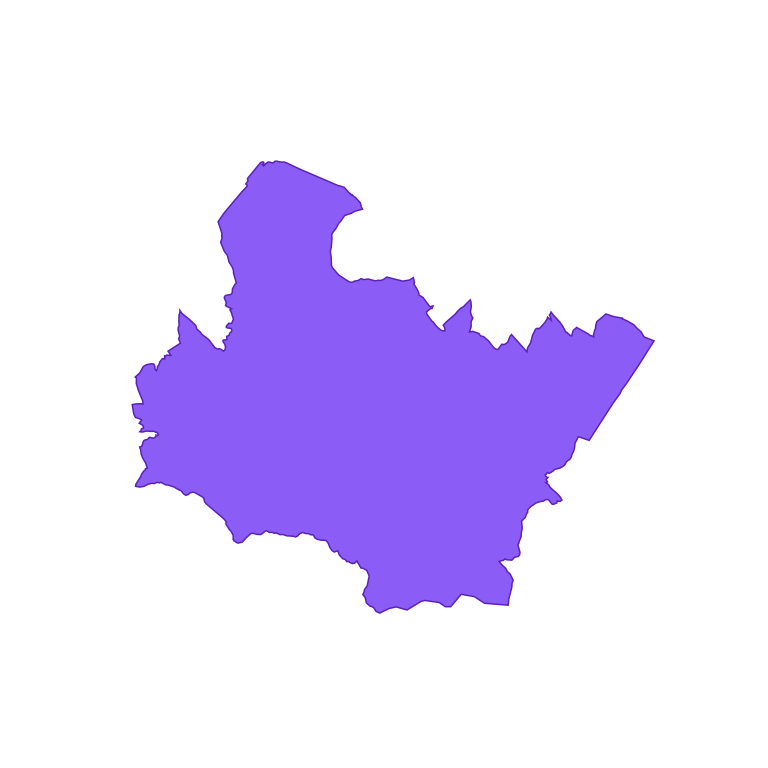 Telega, Prahova, Romania, rotated 250°
{"feature_id": "2599482B944231633317", "entity_name": "Telega", "entity_type": "district", "adm_level": 2, "iso_a3": "ROU", "parent_name": "Romania", "parent_adm1": "Prahova", "projection": "natural_earth1", "projection_center": [25.817, 45.132], "detail": "fine", "context": "isolated", "style": "filled", "palette": "violet", "viewbox_px": 768, "rotation_deg": 250, "n_neighbors": 0, "source": "geoboundaries", "source_scale": "gbopen_adm2", "svg_char_len": 6171}
<svg xmlns="http://www.w3.org/2000/svg" viewBox="0 0 768 768"><g transform="rotate(250 384 384)"><path d="M332.2,652.5L339.3,644.5L345.2,643.4L349.2,641.1L354.1,639.1L359.8,634.4L363.6,630.4L364.2,630.7L369.0,622.6L373.9,616.5L369.8,605.3L366.7,603.0L363.9,601.8L362.0,600.0L358.5,597.7L356.6,597.2L358.3,595.6L358.9,594.3L361.2,593.1L371.4,584.2L370.7,583.4L370.1,581.0L369.1,579.6L365.0,576.9L365.8,575.7L370.4,573.2L370.5,572.6L377.6,571.6L382.1,570.4L391.1,566.6L394.5,565.6L392.7,563.9L392.3,563.0L389.7,563.3L386.8,562.9L390.8,560.6L389.1,559.3L386.9,556.4L383.5,550.2L382.9,548.3L383.6,547.9L384.0,546.1L383.6,545.1L378.8,540.1L372.6,535.9L368.8,531.2L365.4,529.3L386.9,520.7L385.6,518.6L381.0,514.6L380.1,511.7L380.1,509.9L381.1,508.4L377.5,502.9L378.0,501.8L378.9,500.7L381.1,499.4L388.7,497.0L394.5,493.7L396.3,491.1L399.0,490.5L403.2,485.2L403.6,482.1L408.0,485.5L412.5,487.0L415.8,490.1L418.4,489.6L422.2,489.9L426.9,492.5L431.3,493.8L433.6,493.8L429.5,485.1L429.0,482.2L427.8,479.2L425.1,474.5L421.3,464.5L419.0,459.8L415.8,460.3L413.2,459.4L413.8,457.6L415.3,455.7L420.5,452.9L425.1,451.6L427.0,450.4L434.9,448.2L437.2,448.6L439.0,453.6L438.5,454.9L440.6,456.8L440.9,453.9L441.4,453.4L451.9,450.3L455.6,447.3L457.2,447.8L461.9,447.5L468.0,446.2L468.8,447.3L474.0,448.0L473.0,443.7L474.2,436.9L483.5,423.2L482.3,418.4L482.5,416.3L483.4,414.1L484.0,410.9L488.1,405.0L489.0,400.8L490.9,398.5L490.1,395.1L490.8,391.2L490.4,389.7L490.6,388.5L491.4,386.8L493.9,384.7L501.9,378.7L511.0,375.3L513.6,375.2L520.7,377.6L526.9,378.9L530.7,381.3L538.3,384.8L542.1,385.9L543.9,387.7L546.5,392.0L550.6,396.6L551.7,398.9L555.7,404.5L555.8,408.6L555.5,411.0L556.3,416.0L555.6,423.6L557.9,423.3L562.5,423.7L569.0,421.0L570.9,419.5L572.5,419.0L572.8,417.9L573.8,417.9L575.4,416.7L582.3,413.9L585.2,410.4L585.6,409.3L614.0,379.1L625.5,367.7L626.8,365.9L627.6,363.5L630.4,358.8L630.6,357.7L629.8,356.2L629.9,354.9L631.8,352.1L632.2,351.0L631.5,348.2L630.1,345.6L631.8,344.9L631.9,346.2L633.3,346.8L634.1,346.3L634.3,345.4L634.3,343.8L623.9,326.1L621.1,325.5L619.3,322.5L617.4,323.4L616.5,322.7L613.2,316.1L599.5,292.4L593.3,283.6L580.9,283.2L578.6,282.1L576.5,281.8L573.2,279.1L571.8,279.0L563.1,279.3L558.8,280.8L551.6,280.1L545.5,281.4L542.1,281.3L539.5,280.5L529.5,279.8L528.6,277.9L525.2,274.1L522.1,272.8L520.9,271.7L520.6,270.3L521.4,265.3L520.3,263.7L519.3,263.3L514.6,263.7L512.0,262.0L510.5,262.9L506.8,266.6L506.3,264.5L504.3,265.0L496.5,264.7L493.1,261.6L494.1,258.8L492.4,255.7L491.4,255.2L490.3,255.8L488.5,259.4L486.3,259.3L485.5,258.6L484.9,256.9L482.7,254.8L482.6,252.4L479.7,251.7L479.5,250.9L480.2,248.2L479.9,247.5L478.8,247.2L475.8,248.0L473.0,247.7L470.6,246.4L469.8,244.4L472.5,242.6L473.6,241.0L473.8,239.4L476.0,237.5L485.9,234.4L492.7,230.0L495.5,229.2L499.6,226.9L503.3,227.1L504.6,226.6L511.3,223.2L519.3,218.3L522.9,217.4L520.6,216.4L519.2,215.1L512.3,212.4L509.4,211.7L507.3,209.9L505.3,209.0L499.1,208.4L496.4,206.4L492.0,206.7L488.7,192.3L483.8,193.5L485.5,189.8L484.8,188.6L485.6,187.5L482.5,186.4L483.7,184.4L481.4,180.9L478.9,178.9L478.0,177.2L475.6,175.9L474.4,174.6L477.0,173.9L478.5,174.7L481.4,174.6L482.5,172.6L483.4,167.3L482.7,163.8L478.0,158.3L475.6,152.6L474.5,153.4L469.1,151.4L461.7,151.0L450.8,151.5L448.3,150.9L447.6,150.6L448.3,149.6L450.2,143.8L450.8,140.4L442.0,138.7L439.7,138.7L437.6,139.1L433.8,143.7L432.8,143.7L430.9,140.5L428.0,143.0L426.9,143.3L425.0,143.0L424.7,140.6L423.4,139.7L422.7,138.2L421.6,140.2L420.8,145.4L419.4,148.1L418.3,151.5L416.5,153.3L416.3,154.1L413.4,154.7L413.0,153.5L414.0,152.3L413.2,152.1L412.3,150.8L411.9,148.9L414.0,145.7L413.9,144.7L412.8,142.8L413.1,140.1L412.7,138.5L408.3,135.1L408.4,132.8L405.6,132.8L400.8,131.8L396.3,132.0L391.1,133.0L385.9,132.8L386.0,130.9L384.8,130.0L384.2,128.2L382.3,125.5L380.2,123.7L374.7,116.6L372.8,115.5L370.6,119.4L369.9,123.7L370.6,128.8L370.2,129.8L370.3,131.6L369.0,134.0L369.2,137.4L367.9,138.9L368.0,140.5L363.7,144.7L362.8,146.6L358.6,152.0L356.5,153.3L355.3,154.9L354.3,155.2L354.0,156.1L353.1,156.8L349.4,158.1L347.2,159.6L347.1,162.3L348.1,164.9L347.6,167.8L346.5,169.3L339.9,174.8L337.9,175.6L334.8,175.1L332.1,176.0L312.4,187.2L308.9,188.5L306.4,187.6L300.0,188.9L297.6,190.0L293.3,190.5L289.5,189.1L288.3,189.2L284.9,191.7L284.4,192.5L283.9,196.8L286.8,202.3L289.0,207.8L288.5,209.9L286.3,212.9L284.8,216.3L284.8,217.7L286.5,222.5L286.3,223.5L283.7,225.5L282.8,228.4L281.5,229.4L280.7,232.0L278.0,234.8L277.1,237.6L274.6,240.7L271.9,246.9L270.6,248.5L270.6,250.3L272.2,253.8L272.3,256.7L270.2,259.5L268.9,262.3L267.4,263.5L266.8,265.3L265.8,266.0L263.0,266.5L260.9,268.1L258.7,271.6L256.9,275.9L253.7,277.1L249.0,277.2L245.1,278.2L243.1,279.9L243.1,283.5L238.7,283.5L233.9,285.5L232.5,287.4L229.7,288.4L229.4,290.1L228.1,290.7L226.1,292.9L225.6,295.0L227.0,298.0L219.0,299.4L217.7,301.6L214.7,304.1L208.6,304.4L199.8,299.0L197.6,295.4L195.2,294.0L193.4,292.1L189.8,293.3L184.3,292.6L179.7,295.1L179.6,295.8L177.4,297.7L173.0,298.8L170.2,301.6L171.3,312.2L170.3,319.3L163.8,328.3L167.1,344.8L166.6,348.4L159.8,361.1L153.7,365.5L151.9,370.5L160.0,384.6L153.3,396.2L143.6,403.4L133.7,425.0L139.4,427.8L149.3,434.6L153.0,436.2L155.5,438.3L162.4,437.5L165.5,435.8L169.2,435.3L173.6,433.0L177.8,431.5L177.8,433.8L177.4,435.6L178.3,437.9L177.5,438.3L176.6,439.7L174.8,443.8L174.9,444.6L176.0,446.1L176.5,448.3L176.0,451.2L177.1,453.0L179.3,454.2L187.5,454.9L188.0,456.1L189.1,456.6L193.7,460.7L197.5,462.3L201.0,464.5L208.1,466.4L210.4,471.3L213.3,473.5L214.1,475.0L216.6,476.1L217.5,477.3L219.0,481.2L219.6,484.4L220.2,485.4L220.0,491.6L219.4,493.6L220.0,495.9L219.7,497.6L218.8,499.1L213.9,500.7L213.0,501.6L213.1,505.7L214.9,506.7L213.4,509.1L214.1,511.5L217.7,510.9L221.9,509.2L228.5,505.5L230.6,504.6L232.9,504.3L236.1,502.3L236.1,504.2L238.8,503.6L240.1,506.1L240.3,505.5L242.4,504.3L243.6,504.4L243.8,505.7L244.9,507.3L243.5,508.6L244.3,512.9L245.4,515.3L244.8,520.5L245.4,524.2L246.3,526.5L248.5,528.8L249.3,531.0L249.4,532.5L251.3,535.0L253.6,536.6L256.2,539.4L259.5,541.6L263.0,543.2L268.0,548.6L260.9,557.5L287.5,592.5L294.0,602.1L297.4,605.7L301.2,611.6L314.6,629.8L332.2,652.5Z" fill="#8b5cf6" stroke="#5b21b6" stroke-width="1.5"/></g></svg>